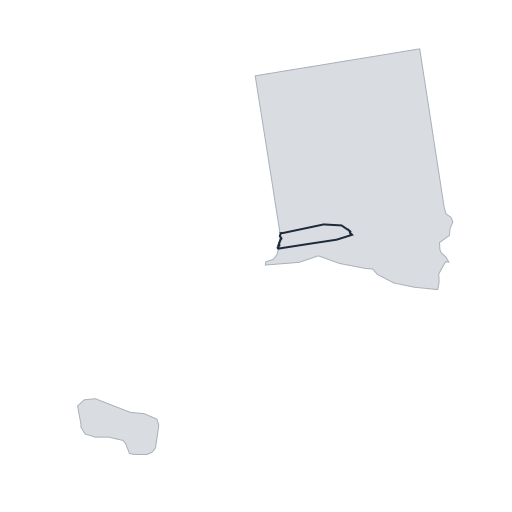 location of Machinda, Litoral, Equatorial Guinea, rotated 261°
{"feature_id": "11065452B59369715507709", "entity_name": "Machinda", "entity_type": "district", "adm_level": 2, "iso_a3": "GNQ", "parent_name": "Equatorial Guinea", "parent_adm1": "Litoral", "projection": "natural_earth1", "projection_center": [9.965, 1.936], "detail": "fine", "context": "in_parent", "style": "outline", "palette": "slate", "viewbox_px": 512, "rotation_deg": 261, "n_neighbors": 0, "source": "geoboundaries", "source_scale": "gbopen_adm2", "svg_char_len": 2431}
<svg xmlns="http://www.w3.org/2000/svg" viewBox="0 0 512 512"><g transform="rotate(261 256 256)"><path d="M434.1,283.4L434.3,316.4L434.4,344.4L434.6,374.6L434.7,406.1L434.9,432.8L435.0,450.1L409.7,450.0L376.2,449.9L342.6,449.7L309.1,449.6L292.2,449.5L273.7,449.5L267.7,450.4L263.6,454.7L258.7,455.7L252.9,452.0L246.0,450.2L244.1,446.4L240.6,439.4L233.7,438.6L230.2,439.4L225.3,443.4L219.7,445.5L220.7,442.3L209.7,433.7L201.7,432.8L194.4,430.2L200.3,407.7L207.8,387.9L218.9,372.9L224.8,369.3L226.7,361.9L235.5,337.5L246.4,317.6L243.0,297.6L245.6,263.8L248.7,264.8L249.2,268.0L250.0,272.7L254.1,276.8L267.7,283.3L308.0,283.3L332.1,283.4L367.8,283.4L405.5,283.4L434.1,283.4ZM114.3,56.3L117.3,56.8L135.8,56.3L140.8,63.8L140.2,74.9L121.2,107.4L117.7,121.0L110.3,132.6L103.9,133.5L82.1,126.7L78.4,122.6L77.0,117.1L79.2,104.1L80.8,100.2L91.3,97.8L94.7,95.7L100.3,81.7L102.2,69.0L106.9,59.4L114.3,56.3Z" fill="#d9dde1" stroke="#a8b0b8" stroke-width="1"/><path d="M261.9,354.2L262.2,354.0L262.6,353.8L263.1,353.3L263.7,352.8L263.7,352.7L263.8,352.7L264.2,352.4L264.3,352.4L264.9,352.6L265.0,352.6L265.1,352.9L265.3,353.0L265.5,352.8L265.9,352.7L266.2,352.3L266.5,351.8L266.6,351.7L266.9,351.7L267.1,351.5L267.7,351.2L267.8,351.1L267.8,350.6L272.8,345.3L276.6,327.8L275.5,306.4L274.5,286.7L274.7,284.4L274.7,284.2L274.5,284.3L274.3,284.2L274.1,284.0L273.6,283.6L272.8,283.0L272.5,282.9L272.1,282.7L271.9,282.7L271.7,282.7L271.5,282.8L271.4,283.0L271.2,283.2L270.9,283.2L270.7,283.1L270.4,283.3L270.2,283.5L269.9,283.6L269.7,283.7L269.5,283.8L269.4,283.9L269.2,283.8L269.2,283.7L269.0,283.3L269.0,283.2L268.9,283.0L268.8,282.9L268.7,282.9L268.5,283.0L268.4,283.0L268.3,282.9L268.3,282.7L268.2,282.7L267.9,282.5L267.9,282.4L267.7,282.3L267.4,282.2L267.2,282.1L266.9,281.9L266.7,281.8L266.6,281.7L266.4,281.6L266.2,281.5L266.1,281.4L265.9,281.3L265.7,281.2L265.4,280.9L265.2,280.7L264.9,280.7L264.7,280.8L264.4,280.8L264.2,280.8L264.0,280.7L263.9,280.6L263.7,280.6L263.5,280.3L263.5,280.2L263.4,280.1L263.2,280.0L263.1,280.3L263.1,280.5L262.9,280.6L262.8,280.3L262.8,280.2L262.9,279.9L262.9,279.7L262.6,279.7L262.5,279.8L262.4,279.9L262.4,280.0L262.2,280.0L262.0,279.9L261.7,279.7L261.5,279.4L261.4,279.3L261.4,279.2L261.2,278.9L261.0,278.7L260.9,278.7L260.9,278.8L260.7,278.9L260.4,278.9L260.2,278.9L259.8,279.1L259.8,280.5L259.8,281.0L259.7,311.1L259.6,324.5L259.5,338.2L261.9,354.2Z" fill="none" stroke="#1e293b" stroke-width="2"/></g></svg>